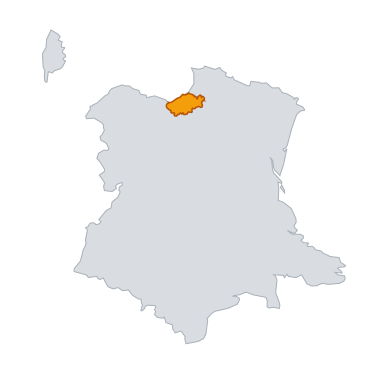 location of Hérault within France, rotated 184°
{"feature_id": "FRA-5307", "entity_name": "Hérault", "entity_type": "Metropolitan department", "adm_level": 1, "iso_a3": "FRA", "parent_name": "France", "parent_adm1": "", "projection": "orthographic", "projection_center": [3.158, 43.595], "detail": "fine", "context": "in_parent", "style": "filled", "palette": "amber", "viewbox_px": 384, "rotation_deg": 184, "n_neighbors": 0, "source": "natural_earth", "source_scale": "10m", "svg_char_len": 5743}
<svg xmlns="http://www.w3.org/2000/svg" viewBox="0 0 384 384"><g transform="rotate(184 192 192)"><path d="M295.7,148.8L293.2,150.4L291.8,153.4L290.2,154.2L287.1,154.3L285.6,152.6L282.1,153.9L280.7,155.8L283.0,158.0L276.2,167.7L271.7,170.4L271.0,176.6L265.7,181.4L263.9,186.3L263.7,187.3L265.2,188.8L264.7,192.0L262.0,194.1L262.1,196.1L262.9,196.4L267.1,194.6L268.6,192.7L267.7,190.2L271.8,186.9L279.5,187.3L280.6,191.5L279.7,195.0L285.6,202.4L281.0,206.1L280.8,208.5L286.1,215.9L289.3,218.9L287.9,224.1L282.8,227.7L279.4,227.6L278.0,228.5L278.2,230.0L280.8,234.6L286.6,237.3L287.6,240.8L286.1,242.2L283.7,247.6L285.0,250.1L284.6,251.3L285.3,253.1L286.9,254.8L295.1,258.9L302.3,257.7L303.4,260.2L299.3,267.4L299.7,270.5L297.4,270.7L297.1,271.8L292.7,274.3L285.7,281.7L282.4,283.9L281.2,287.5L279.2,289.6L268.9,294.0L266.8,293.2L261.7,293.4L258.4,291.0L252.2,289.6L250.1,285.9L244.4,285.4L244.0,282.9L236.0,285.3L224.7,282.1L220.7,278.5L217.4,279.5L214.5,282.8L202.4,291.4L197.6,300.2L198.5,310.6L201.3,315.7L193.8,314.9L189.3,316.4L188.1,318.5L177.5,315.9L173.6,318.0L172.5,317.8L171.1,315.6L166.0,313.1L166.8,311.4L166.1,309.8L161.2,308.5L159.5,310.0L157.7,306.9L144.2,301.9L141.9,301.9L140.9,306.5L132.1,306.1L130.9,305.3L125.2,306.0L119.3,301.4L112.6,302.0L108.7,297.3L104.7,296.8L99.2,294.2L96.7,292.9L96.5,291.5L94.7,293.5L92.7,292.9L92.2,292.3L93.7,289.9L94.1,287.0L87.3,284.5L85.6,282.3L85.6,281.2L89.4,280.4L93.0,276.6L97.0,262.2L100.2,245.2L102.1,242.1L104.2,241.3L102.6,238.8L100.4,241.8L102.5,226.1L105.5,214.5L111.0,219.6L112.2,221.8L113.6,228.9L116.6,232.0L114.7,229.0L113.1,219.6L111.9,216.8L103.3,208.6L103.1,206.7L107.0,207.9L105.7,202.0L105.4,189.6L100.1,188.1L91.8,182.4L86.5,172.7L86.0,169.1L87.8,165.5L86.6,163.1L84.2,161.3L86.4,158.2L88.1,158.0L94.1,160.2L89.3,156.9L81.1,157.4L78.0,156.1L77.6,153.9L80.0,151.2L77.4,149.2L72.7,149.3L72.2,148.5L73.7,146.6L72.6,145.7L68.8,146.2L66.7,145.4L64.9,143.0L58.9,142.0L57.6,140.5L49.5,137.2L40.7,136.9L38.7,132.0L33.7,129.3L34.9,127.9L40.3,127.1L41.4,125.9L37.8,123.6L36.6,121.6L43.7,121.8L40.7,119.5L33.9,119.0L33.2,116.1L34.4,113.4L38.6,111.2L48.7,109.4L55.9,109.9L61.3,107.1L66.4,106.6L71.0,108.5L76.9,117.0L82.3,113.9L90.0,114.5L91.4,116.6L93.7,113.0L95.3,115.2L104.7,115.1L102.6,113.5L101.1,110.0L101.5,97.4L97.3,88.1L96.4,84.7L96.8,81.9L102.3,82.7L107.0,81.7L109.1,82.7L109.3,88.6L111.0,92.1L123.8,93.7L131.1,95.9L137.4,92.8L143.3,91.5L143.8,90.8L140.4,91.0L137.4,89.4L137.1,87.8L138.9,83.3L147.9,78.5L160.9,74.6L164.3,71.8L168.2,66.7L167.4,65.4L168.2,51.3L170.2,46.7L175.1,43.5L187.4,40.2L188.9,44.7L188.8,47.2L192.0,51.2L193.6,52.5L199.0,50.3L201.6,54.0L202.4,58.2L208.9,59.9L210.9,65.3L212.0,64.1L216.1,64.3L218.1,64.7L220.8,67.1L220.0,70.3L221.2,71.9L220.1,74.9L220.9,76.1L228.5,76.0L230.7,74.6L231.7,71.6L233.9,69.8L234.8,70.3L233.5,75.9L234.6,77.3L235.2,81.3L238.1,81.6L243.8,84.6L248.6,89.8L254.4,88.7L259.1,91.5L263.8,89.8L268.4,91.3L270.0,92.7L274.5,100.0L277.7,98.3L280.0,99.1L280.9,101.2L289.4,99.5L291.1,101.5L292.9,102.2L304.0,104.4L304.3,107.1L298.5,115.4L296.4,126.9L294.7,130.9L294.2,133.9L294.8,135.8L294.7,138.9L293.7,146.3L294.6,148.4L295.7,148.8ZM347.5,298.1L347.2,302.8L349.2,306.1L350.8,319.5L347.7,326.2L347.7,334.1L343.9,343.8L336.7,340.1L334.4,337.9L336.1,334.2L332.0,332.6L332.7,329.0L332.1,327.3L329.3,327.3L329.1,326.5L331.0,323.6L330.9,322.0L328.1,320.1L327.4,318.3L329.9,316.0L328.6,314.2L327.2,313.9L330.2,307.5L332.5,305.5L337.7,303.4L339.7,301.0L343.3,302.0L343.8,301.3L344.3,291.6L345.5,291.4L346.7,292.6L347.5,298.1ZM104.0,202.5L103.1,205.3L99.9,200.3L99.6,197.6L104.0,202.5Z" fill="#d9dde1" stroke="#a8b0b8" stroke-width="1"/><path d="M221.9,279.8L220.6,279.7L219.3,279.9L218.4,280.3L218.1,280.5L213.5,284.3L210.8,285.6L210.1,286.2L208.3,288.6L207.8,288.8L206.9,288.3L206.3,288.4L205.3,288.5L203.8,289.2L202.1,290.6L201.4,290.0L200.8,289.7L199.9,289.5L198.9,289.5L198.6,289.3L197.8,288.7L197.5,288.6L197.0,288.7L196.6,288.5L196.5,288.1L196.5,287.4L196.3,287.4L195.2,287.6L194.8,287.5L194.6,287.3L193.6,285.4L193.4,285.2L193.1,285.3L192.9,285.6L193.0,286.5L192.7,287.5L190.7,289.3L190.2,289.1L189.7,288.8L189.5,288.3L189.4,287.8L189.2,287.2L188.6,288.0L188.0,288.1L187.4,287.7L186.7,287.2L186.2,286.4L186.1,285.7L186.4,285.1L187.0,284.4L186.4,284.0L186.6,284.0L186.8,284.0L187.3,283.8L187.8,283.4L188.5,282.8L188.6,282.6L188.6,282.4L188.4,282.1L188.3,281.9L188.3,281.7L188.6,280.9L188.5,280.6L188.4,280.4L188.0,280.1L187.8,279.9L187.7,279.7L187.7,279.3L187.7,278.9L187.7,278.5L187.7,278.3L188.0,277.9L188.0,277.7L188.1,277.3L188.4,277.2L188.9,277.1L189.2,277.1L189.5,277.2L189.7,277.3L190.7,277.8L190.9,277.9L191.2,277.8L193.8,276.7L194.0,276.6L194.2,276.4L194.5,275.8L194.9,275.4L195.5,275.3L196.0,275.2L196.4,275.3L196.6,275.4L196.8,275.5L197.0,275.5L197.4,275.4L197.6,275.2L197.7,274.7L197.7,274.0L197.7,273.8L197.8,273.6L197.8,273.3L197.8,273.1L197.7,272.9L197.6,272.7L197.5,272.3L197.6,271.9L197.6,271.7L198.0,271.4L198.4,271.3L198.7,271.4L199.2,271.5L199.4,271.5L199.9,271.5L200.0,271.5L200.4,271.6L200.6,271.6L200.8,271.6L201.0,271.6L201.5,271.3L201.8,270.8L201.8,270.5L201.8,270.3L201.9,270.0L202.0,269.8L202.4,269.4L202.7,269.3L203.7,269.2L203.8,269.2L204.3,268.7L205.5,268.7L205.8,268.9L206.2,269.9L206.5,270.2L206.7,270.4L207.0,270.3L207.2,270.0L207.3,269.6L207.4,269.2L207.8,269.1L208.2,269.3L208.9,269.9L209.4,269.9L209.8,269.6L210.4,268.5L210.9,268.3L211.5,268.4L211.9,268.1L212.1,267.4L213.0,266.6L214.4,266.7L215.3,267.7L214.8,269.1L215.5,269.7L217.2,269.4L218.0,269.5L218.3,269.7L218.6,270.0L218.7,270.4L218.7,271.6L218.7,271.9L219.0,272.0L220.0,272.1L221.3,273.1L222.4,273.7L222.7,273.9L223.5,275.4L223.6,277.0L223.0,278.2L221.8,278.8L221.8,279.6L221.9,279.8Z" fill="#f59e0b" stroke="#b45309" stroke-width="1.5"/></g></svg>